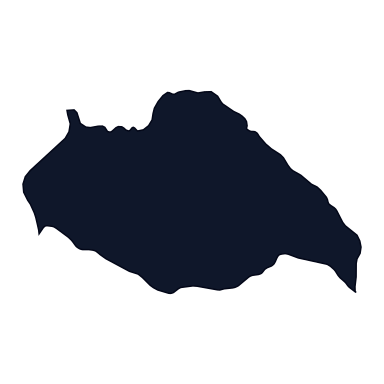 an SVG outline of Artigas
{"feature_id": "URY-6", "entity_name": "Artigas", "entity_type": "Department", "adm_level": 1, "iso_a3": "URY", "parent_name": "Uruguay", "parent_adm1": "", "projection": "mercator", "projection_center": [-56.902, -30.588], "detail": "fine", "context": "isolated", "style": "filled", "palette": "ink", "viewbox_px": 384, "rotation_deg": 0, "n_neighbors": 0, "source": "natural_earth", "source_scale": "10m", "svg_char_len": 2391}
<svg xmlns="http://www.w3.org/2000/svg" viewBox="0 0 384 384"><path d="M74.1,109.9L76.9,112.7L80.3,123.4L85.9,127.1L90.4,127.6L98.2,126.2L102.4,126.1L104.8,127.3L107.5,131.5L110.2,132.2L112.0,131.3L116.0,127.7L118.3,126.6L121.8,126.8L124.0,128.2L125.9,130.0L128.5,131.0L129.9,130.5L132.1,127.8L133.2,127.3L134.6,128.0L136.8,130.4L137.7,131.0L143.4,129.8L148.6,125.7L152.1,119.9L153.1,113.4L154.4,108.2L158.2,101.5L163.0,95.6L167.5,92.5L169.3,92.7L172.6,94.2L174.5,94.3L178.0,92.4L179.2,92.0L185.7,90.7L189.3,90.6L197.9,93.0L204.5,91.9L211.2,91.7L217.6,96.2L220.9,101.7L222.6,103.9L233.7,111.5L239.2,114.1L242.2,116.2L244.9,118.8L246.5,121.6L247.1,125.8L246.6,127.9L246.8,129.2L249.6,131.0L251.4,131.5L253.1,131.5L254.9,131.7L256.8,132.9L257.7,134.0L259.3,136.6L265.9,144.2L268.1,146.0L271.1,148.7L280.5,154.8L283.5,157.9L287.8,165.1L290.4,168.6L292.8,170.7L300.9,175.3L311.4,184.2L317.2,187.1L320.8,190.5L326.4,197.3L327.4,199.5L327.9,201.7L328.6,203.7L330.6,205.4L334.1,207.7L335.6,209.1L336.8,210.9L342.7,222.4L345.3,225.8L357.0,235.2L359.8,241.0L361.0,247.1L360.1,253.3L357.0,258.9L356.2,263.4L356.1,277.0L355.0,286.5L355.1,291.0L356.0,292.5L355.8,292.3L349.2,287.2L347.8,285.7L346.0,283.2L344.7,281.8L340.1,277.8L338.1,275.4L335.4,271.1L334.1,269.5L330.5,266.3L327.6,264.5L326.4,264.1L298.2,257.9L288.3,254.2L286.9,253.9L285.1,253.6L281.9,254.0L280.2,254.4L278.9,255.0L278.2,255.8L277.6,256.6L276.6,258.5L275.3,261.6L274.2,263.5L273.6,264.3L272.0,265.6L271.2,266.1L267.2,267.7L265.5,268.8L264.7,269.4L262.2,272.6L261.4,273.3L260.5,273.8L258.4,274.5L252.5,275.3L250.5,276.0L248.8,277.0L238.4,285.7L236.7,286.6L234.8,287.4L232.6,287.9L224.1,288.8L219.8,290.0L217.3,289.8L197.1,286.2L192.9,285.9L181.2,287.4L180.0,287.8L178.3,288.8L173.5,292.5L172.5,292.9L171.5,293.2L170.3,293.4L168.5,293.2L157.8,290.0L153.5,287.7L150.2,285.3L142.0,277.1L141.9,277.1L139.2,274.9L137.9,274.0L129.4,271.3L105.9,258.7L100.0,254.5L98.9,253.5L96.0,251.2L94.6,250.6L92.7,250.1L89.0,249.6L82.7,249.6L81.2,249.3L79.5,248.7L77.4,247.4L76.2,246.4L75.4,245.4L72.4,241.3L71.1,239.8L68.1,237.0L56.5,228.4L54.1,226.9L52.2,226.3L47.3,225.7L45.5,225.8L44.3,226.7L43.4,227.5L39.1,233.8L38.7,230.1L37.5,224.7L35.8,217.4L34.3,212.8L30.4,204.2L27.7,200.2L23.7,192.2L23.0,184.1L25.3,176.7L30.2,170.6L65.2,138.4L69.0,131.8L70.3,123.8L67.8,114.9L67.0,110.4L74.1,109.9Z" fill="#0f172a" stroke="#020617" stroke-width="1.5"/></svg>